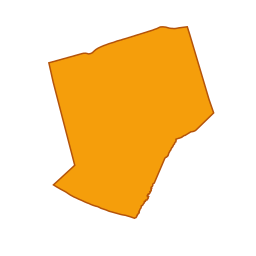 Independencia, La Rioja, Argentina, rotated 251°
{"feature_id": "61730980B36977394728144", "entity_name": "Independencia", "entity_type": "district", "adm_level": 2, "iso_a3": "ARG", "parent_name": "Argentina", "parent_adm1": "La Rioja", "projection": "equal_earth", "projection_center": [-67.668, -30.094], "detail": "fine", "context": "isolated", "style": "filled", "palette": "amber", "viewbox_px": 256, "rotation_deg": 251, "n_neighbors": 0, "source": "geoboundaries", "source_scale": "gbopen_adm2", "svg_char_len": 4896}
<svg xmlns="http://www.w3.org/2000/svg" viewBox="0 0 256 256"><g transform="rotate(251 128 128)"><path d="M204.4,217.0L206.1,208.8L206.3,207.3L206.4,206.5L206.6,205.6L206.7,204.8L207.0,204.0L207.3,203.2L207.7,202.4L208.0,201.6L208.3,200.9L208.7,200.1L209.1,199.4L210.5,197.4L211.0,196.7L211.4,195.9L211.7,195.2L212.1,194.4L212.4,193.6L212.6,192.8L212.9,192.0L213.0,191.1L212.9,190.2L212.7,188.5L212.6,187.7L212.6,186.8L212.6,185.1L212.5,183.3L213.4,153.3L213.5,152.4L213.5,151.6L213.5,149.8L213.6,149.0L213.7,147.2L213.8,146.4L213.8,145.5L213.7,142.9L213.7,142.0L213.8,140.3L213.9,137.7L213.9,136.8L213.8,134.2L213.8,132.5L213.8,131.6L213.7,130.7L213.6,129.0L213.5,128.2L213.3,126.4L213.2,125.6L213.0,124.7L212.8,123.9L212.6,123.1L212.3,122.3L211.3,119.9L210.9,119.2L210.7,118.3L210.6,117.5L210.6,116.6L210.7,115.7L210.8,114.9L211.3,114.2L211.8,113.5L212.2,112.8L212.6,112.1L212.8,111.3L213.1,110.4L213.2,109.6L213.3,108.7L215.4,74.4L195.7,72.2L110.1,65.5L98.5,39.0L95.4,41.5L93.6,43.1L92.4,44.1L89.5,46.8L88.3,47.9L87.7,48.4L87.1,48.9L85.2,50.3L84.0,51.2L82.8,52.2L82.2,52.8L81.6,53.3L81.0,53.9L80.4,54.4L78.8,56.2L76.5,58.5L76.0,59.1L74.4,60.9L73.8,61.5L72.1,63.2L71.6,63.8L71.0,64.4L70.0,65.6L69.5,66.3L68.9,66.9L67.8,68.0L67.3,68.6L66.8,69.2L66.2,69.9L64.8,71.8L64.3,72.5L63.9,73.2L63.4,73.9L62.8,74.5L61.7,75.6L61.1,76.1L60.6,76.7L58.1,80.0L57.6,80.6L57.1,81.2L56.0,82.4L55.4,83.1L55.0,83.7L53.6,85.8L53.1,86.5L48.9,92.6L48.5,93.2L48.0,94.0L47.2,95.4L46.8,96.2L46.4,96.9L46.0,97.6L45.5,98.2L44.5,99.6L43.6,100.9L41.1,104.1L40.8,104.5L40.6,104.8L40.7,105.0L40.7,105.3L40.7,105.6L40.7,106.0L40.7,106.3L40.9,106.6L41.1,107.0L41.5,107.4L41.6,107.5L41.8,107.7L42.0,107.8L42.5,108.0L42.5,108.4L42.8,108.6L42.9,108.9L43.1,109.1L43.2,109.3L43.4,109.5L43.6,109.7L43.7,109.8L43.9,110.0L44.0,110.1L44.1,110.3L44.1,110.5L44.1,110.9L44.6,111.1L44.9,111.2L45.1,111.3L45.3,111.3L45.4,111.2L45.6,111.2L45.8,111.4L45.8,111.7L45.9,111.8L46.1,112.0L46.3,112.2L46.6,112.4L46.9,112.6L47.4,113.0L47.6,113.4L47.7,113.6L47.9,113.9L48.1,114.1L48.3,114.3L48.5,114.4L48.7,114.5L48.9,114.7L49.1,114.9L49.3,115.0L49.8,115.1L50.0,115.2L50.1,115.5L50.0,115.9L50.1,116.2L50.2,116.4L50.4,116.9L50.5,116.9L50.6,117.1L50.8,117.3L51.1,117.6L51.4,118.1L51.5,118.3L51.6,118.5L51.9,118.9L52.2,119.0L52.4,119.1L52.6,119.2L52.6,119.4L53.1,119.5L53.3,119.7L53.3,119.8L53.2,119.9L53.0,120.0L53.0,120.4L53.0,120.6L53.5,120.9L53.9,121.2L54.0,121.3L54.1,121.6L54.0,121.8L53.9,122.0L53.7,122.4L53.8,122.6L54.0,122.8L54.2,123.0L54.3,123.1L54.5,123.2L54.6,123.4L54.6,123.6L54.8,123.7L54.8,124.0L55.0,124.2L55.3,124.3L55.5,124.3L55.8,124.4L55.8,124.5L56.0,124.7L56.0,124.8L56.2,125.0L56.4,125.1L56.5,125.3L56.8,125.2L57.0,124.9L56.9,124.8L56.9,124.6L56.8,124.4L56.7,124.1L56.8,124.0L57.1,124.1L57.3,124.1L57.8,124.2L57.9,124.3L58.0,124.3L58.2,124.7L58.3,124.8L58.4,125.0L58.6,125.1L58.8,125.2L58.9,125.5L58.8,125.8L58.6,126.1L58.6,126.3L58.8,126.4L59.1,126.4L59.1,126.6L59.1,127.0L59.2,127.3L59.3,127.4L59.4,127.5L59.6,127.6L59.7,127.8L59.8,127.9L60.1,127.9L60.2,128.1L60.3,128.4L60.5,128.5L60.7,128.4L60.8,128.3L60.9,128.6L60.9,128.8L61.0,129.1L61.0,129.3L61.2,129.5L61.6,129.6L61.8,129.8L62.0,129.8L62.3,129.8L62.4,129.7L62.5,129.7L63.0,129.8L63.0,130.0L62.8,130.3L63.2,130.6L63.3,130.9L63.6,131.0L63.9,130.9L64.1,130.6L64.3,130.5L64.7,131.0L64.8,131.2L64.9,131.6L64.9,132.0L65.1,132.2L65.3,132.5L65.6,132.7L65.8,132.8L66.3,132.9L66.6,133.1L66.9,133.3L67.2,133.7L67.3,134.4L67.4,134.9L87.2,152.8L87.3,152.8L87.4,153.0L87.5,153.2L87.6,153.4L87.7,153.5L87.8,153.8L88.0,154.3L87.9,154.7L88.0,154.8L88.1,155.4L88.3,155.7L88.4,155.9L88.4,156.1L88.6,156.5L88.9,156.6L89.0,156.8L89.2,157.2L89.4,157.3L89.5,157.3L89.7,157.5L90.0,157.7L90.1,157.8L90.4,158.0L90.6,158.1L90.8,158.3L91.3,158.7L91.4,158.9L91.5,159.0L91.8,159.3L91.9,159.5L92.2,159.8L92.3,159.9L92.5,160.1L92.9,160.5L93.0,160.9L93.1,161.1L93.6,161.4L93.7,161.6L93.9,161.8L94.2,162.0L94.4,162.2L94.5,162.4L94.7,162.5L94.8,162.7L95.1,162.8L95.3,163.1L95.3,163.3L95.3,163.5L95.5,163.8L95.6,164.0L95.8,164.2L95.9,164.3L96.1,164.4L96.3,164.5L96.5,165.0L96.9,165.2L97.0,165.3L97.2,165.5L97.3,165.6L97.4,165.9L97.6,166.2L97.7,166.4L97.8,166.7L97.9,166.9L98.2,167.0L98.4,167.1L98.7,167.2L99.1,167.8L99.3,168.2L99.4,168.4L99.4,168.7L99.6,168.7L99.7,168.9L100.2,169.1L100.4,169.3L100.5,169.3L100.8,169.5L101.1,169.6L101.4,169.6L101.7,169.6L101.8,169.7L101.8,172.9L101.7,173.1L101.7,173.4L101.7,173.7L101.7,174.1L101.7,174.8L101.7,175.1L101.7,175.4L101.8,175.6L101.8,175.9L101.8,176.1L102.0,176.3L102.0,176.5L102.1,176.8L102.2,177.1L102.2,177.3L102.3,177.4L102.3,177.6L102.4,177.9L102.5,178.2L102.5,178.3L102.6,178.5L102.5,179.0L102.4,179.4L103.9,186.1L104.0,186.3L103.9,186.5L103.7,187.0L103.7,187.3L103.6,187.8L103.5,188.6L103.5,189.0L103.5,189.4L103.6,190.5L103.7,191.0L103.9,191.6L114.4,213.9L128.6,213.9L196.4,216.8L204.4,217.0Z" fill="#f59e0b" stroke="#b45309" stroke-width="1.5"/></g></svg>